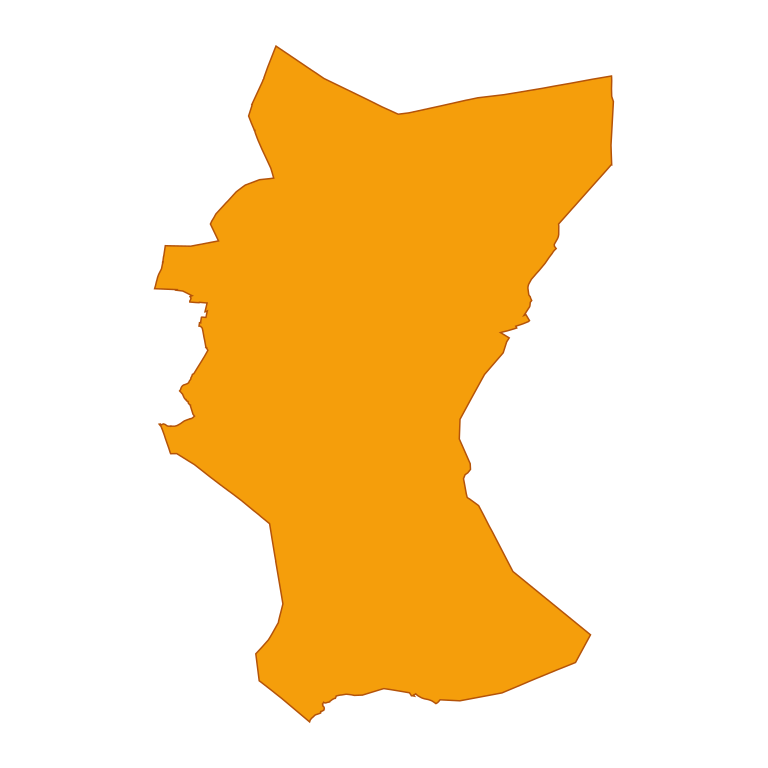 the district of Losser, Overijssel, Netherlands
{"feature_id": "6326949B82961432295226", "entity_name": "Losser", "entity_type": "district", "adm_level": 2, "iso_a3": "NLD", "parent_name": "Netherlands", "parent_adm1": "Overijssel", "projection": "natural_earth1", "projection_center": [6.987, 52.3], "detail": "fine", "context": "isolated", "style": "filled", "palette": "amber", "viewbox_px": 768, "rotation_deg": 0, "n_neighbors": 0, "source": "geoboundaries", "source_scale": "gbopen_adm2", "svg_char_len": 5958}
<svg xmlns="http://www.w3.org/2000/svg" viewBox="0 0 768 768"><path d="M309.6,721.9L310.1,720.4L310.2,720.0L310.7,719.4L311.5,718.4L312.0,717.9L313.3,716.8L314.0,716.1L314.5,715.6L315.0,715.2L315.3,714.9L318.6,713.8L319.9,713.3L320.6,713.0L320.7,712.9L320.8,712.8L320.8,712.6L320.6,712.2L320.6,711.9L320.7,711.5L321.0,711.4L321.4,711.3L321.9,711.2L322.2,711.1L322.5,710.8L322.8,710.6L323.0,710.5L323.4,710.5L323.7,710.4L323.8,710.1L323.9,709.5L324.3,709.0L324.2,708.8L324.2,708.4L324.1,707.4L323.9,707.0L323.4,706.4L322.9,706.0L322.7,705.6L322.9,705.0L322.9,704.8L322.8,704.7L322.5,704.2L322.5,703.9L323.4,702.8L323.6,702.3L325.0,703.0L326.6,702.7L327.0,702.5L328.8,702.1L329.6,701.9L329.6,701.6L329.7,701.4L330.1,701.2L330.9,700.6L332.5,699.4L333.9,698.7L334.5,698.4L335.2,698.4L335.4,698.3L335.9,697.0L336.2,696.0L339.0,695.3L340.8,695.0L341.4,695.0L345.5,694.3L346.3,694.2L349.1,694.5L351.5,694.8L354.3,695.4L361.9,695.1L362.4,695.1L379.7,689.8L383.8,688.6L390.7,689.6L399.7,691.1L403.2,691.7L409.5,692.8L411.2,695.4L411.4,695.8L411.5,695.8L412.8,695.8L414.3,696.1L413.5,695.1L414.0,694.7L414.7,694.6L415.7,693.8L416.5,694.6L418.0,695.8L420.1,697.0L421.2,697.6L421.8,697.9L423.5,698.5L424.5,698.8L428.0,699.5L428.7,699.7L429.9,700.1L431.0,700.5L431.9,700.9L432.4,701.2L432.9,701.5L433.8,702.1L435.2,703.1L435.9,703.6L436.7,703.2L437.7,702.5L438.9,701.3L439.3,700.7L440.1,699.8L459.9,700.8L502.0,692.9L521.0,684.9L527.1,682.3L527.5,682.1L535.6,678.7L556.5,670.1L575.5,662.5L590.5,634.8L512.9,571.5L492.5,532.1L489.1,525.9L483.5,514.9L478.6,505.6L469.6,499.0L468.4,498.3L467.5,497.7L467.1,497.2L466.2,493.3L464.4,483.4L463.5,478.7L465.1,474.7L467.8,472.8L470.5,469.4L470.2,463.7L461.8,444.6L459.3,439.0L460.0,419.3L470.8,399.4L482.5,378.1L483.8,375.8L484.4,374.6L503.2,352.8L506.7,341.8L509.2,337.9L500.5,332.6L502.2,332.1L507.5,330.8L513.2,329.1L514.2,328.8L516.7,328.0L515.8,326.2L520.7,324.6L523.0,323.8L525.5,322.8L528.4,321.6L529.5,320.6L525.9,314.6L524.0,315.4L529.6,306.8L529.9,305.9L530.3,302.3L531.7,300.5L530.7,298.4L530.2,296.7L529.6,296.0L528.8,294.8L527.9,288.2L528.0,286.7L528.6,284.4L530.0,281.8L531.4,279.3L536.4,273.5L539.2,270.4L545.1,263.3L549.2,257.3L552.1,253.5L553.2,251.8L554.3,250.4L556.2,248.6L554.4,246.2L554.3,244.3L557.5,238.7L558.3,236.7L558.7,234.6L558.8,226.3L558.6,224.0L561.9,220.3L562.1,220.1L572.2,208.7L575.2,205.4L581.9,197.8L590.8,187.8L605.8,171.0L607.9,168.6L611.2,164.8L611.7,164.9L611.3,154.6L611.0,145.2L613.4,101.5L613.2,101.0L611.7,96.4L611.5,88.6L611.7,80.8L611.6,77.1L611.5,76.0L610.9,76.1L592.6,79.2L570.4,83.3L554.4,86.1L542.5,88.3L503.9,94.7L477.7,97.8L469.3,99.6L466.1,100.2L441.3,105.8L408.7,112.9L398.2,114.2L382.1,106.9L367.5,99.6L361.1,96.5L324.0,78.5L319.0,75.1L313.5,71.4L311.8,70.3L307.5,67.4L276.0,46.1L275.2,48.0L267.6,67.4L263.9,77.8L264.0,78.0L263.8,78.7L263.5,79.2L263.0,80.0L262.8,80.7L262.7,81.1L251.8,104.6L252.2,104.7L252.2,105.0L252.3,105.0L252.1,105.1L248.6,116.0L251.1,122.4L251.3,123.0L251.9,124.3L253.0,127.0L253.4,127.7L253.4,127.9L254.2,129.8L254.4,130.0L254.8,130.2L254.4,130.5L254.9,131.4L255.3,133.0L257.2,138.1L258.1,140.4L261.9,149.1L267.0,160.0L270.8,168.2L271.9,171.8L272.2,172.8L273.7,178.1L270.0,178.6L259.5,179.7L245.2,185.1L244.4,185.7L243.0,186.7L237.7,190.7L236.4,191.7L235.7,192.4L228.0,200.9L225.9,203.0L224.2,204.9L216.0,213.8L215.2,215.2L214.2,217.1L212.5,219.9L211.7,221.2L210.6,223.7L210.4,224.0L218.5,240.9L190.7,246.2L168.7,245.8L165.3,245.7L163.8,255.8L163.6,256.4L163.5,256.8L163.2,259.2L163.0,260.9L162.7,261.8L163.1,261.8L162.9,262.8L162.7,262.8L161.5,268.8L158.7,274.3L157.6,277.3L156.8,280.6L156.6,281.0L155.5,285.7L154.6,288.7L176.7,289.6L176.1,290.2L182.7,291.0L192.1,295.7L191.8,295.8L191.1,296.1L190.0,296.5L190.2,296.9L190.4,296.8L190.6,297.2L191.0,298.3L190.7,299.0L190.6,299.7L190.0,300.6L189.8,301.3L189.8,302.0L195.4,302.5L199.1,302.7L199.3,302.3L207.1,303.0L205.0,311.8L205.5,311.7L206.3,311.5L207.3,311.0L206.4,315.1L206.3,315.8L205.9,317.4L201.8,317.1L201.4,317.3L200.7,321.8L200.7,322.8L200.2,322.7L199.5,322.7L199.5,322.9L199.1,325.3L199.1,325.6L199.0,326.1L200.5,326.3L200.9,326.7L202.1,328.0L202.3,328.3L202.3,328.5L202.8,330.6L204.0,337.3L204.6,340.1L205.8,346.7L205.9,347.1L206.1,347.4L206.3,347.5L206.0,347.7L206.3,347.9L206.9,348.7L207.9,350.3L204.3,356.7L203.1,358.6L202.1,360.3L197.3,368.0L193.8,373.7L192.4,374.4L191.8,376.3L191.0,377.6L190.9,378.3L190.8,378.6L190.8,379.0L190.4,379.7L189.4,381.0L189.0,381.8L188.9,382.2L188.7,382.7L187.2,383.7L185.2,384.5L184.0,384.8L183.0,385.4L182.6,385.7L182.2,386.1L181.4,387.2L180.8,388.7L180.7,389.3L180.5,389.7L180.0,390.4L179.6,390.9L179.8,391.1L180.4,391.8L180.7,392.0L182.0,393.6L182.3,393.8L182.5,394.1L183.1,395.4L183.2,395.8L183.4,396.0L183.7,396.8L184.3,398.0L185.4,399.4L185.6,399.7L186.1,399.6L186.5,400.6L186.6,400.8L187.0,401.1L188.1,401.5L188.2,402.9L189.1,404.1L189.9,404.8L190.4,405.1L190.2,405.3L192.9,413.9L193.1,414.4L194.5,416.1L192.8,417.7L192.3,418.0L191.8,418.3L191.5,418.5L190.7,418.6L190.3,418.7L190.4,418.8L188.3,419.4L186.9,419.9L184.4,420.9L183.6,421.4L180.7,423.5L179.7,424.1L177.5,425.3L176.9,425.6L175.5,426.0L174.7,426.2L171.8,426.2L170.7,426.3L170.7,426.0L169.5,426.2L168.5,426.2L167.5,426.0L166.7,425.6L165.4,424.6L164.7,424.3L163.3,423.9L161.1,424.9L160.8,424.6L160.4,424.0L159.2,424.2L159.9,425.1L160.5,425.8L161.1,426.5L161.9,428.7L162.0,428.7L164.4,435.3L165.2,437.9L166.9,442.8L168.8,448.2L170.3,452.9L170.7,453.7L176.7,453.6L188.9,461.2L194.3,464.5L201.7,470.3L209.8,476.7L220.8,485.1L228.6,490.9L232.6,493.8L241.0,500.2L243.8,502.5L246.6,504.8L253.6,510.6L258.9,514.8L261.4,517.0L269.6,523.7L272.2,539.8L274.8,555.5L275.8,561.2L275.7,561.3L278.0,574.8L281.5,595.5L282.9,603.9L281.1,611.1L279.7,616.5L279.0,619.4L278.7,620.6L278.4,622.3L278.3,622.8L277.5,624.1L272.7,632.7L270.2,637.0L268.3,640.0L262.0,647.1L255.8,653.8L259.2,680.8L261.5,682.5L273.8,692.1L274.1,692.4L281.7,698.4L309.6,721.9Z" fill="#f59e0b" stroke="#b45309" stroke-width="1.5"/></svg>